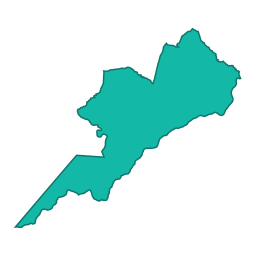 Benedito Leite, Maranhão, Brazil
{"feature_id": "56859067B5303155589786", "entity_name": "Benedito Leite", "entity_type": "district", "adm_level": 2, "iso_a3": "BRA", "parent_name": "Brazil", "parent_adm1": "Maranhão", "projection": "albers", "projection_center": [-44.578, -7.16], "detail": "fine", "context": "isolated", "style": "filled", "palette": "teal", "viewbox_px": 256, "rotation_deg": 0, "n_neighbors": 0, "source": "geoboundaries", "source_scale": "gbopen_adm2", "svg_char_len": 4600}
<svg xmlns="http://www.w3.org/2000/svg" viewBox="0 0 256 256"><path d="M216.5,59.0L216.5,57.6L216.3,56.3L215.6,55.5L216.1,54.4L214.7,53.2L213.0,52.4L212.1,50.8L210.9,50.4L210.1,49.8L209.5,48.9L209.1,47.8L208.2,47.0L207.2,46.8L206.3,46.0L205.2,44.9L204.5,43.7L204.0,42.6L203.1,42.8L202.5,41.7L201.4,41.2L200.9,40.3L200.4,38.8L199.9,37.2L199.7,36.0L199.1,34.7L198.8,33.6L198.4,32.2L198.1,31.4L197.2,31.4L196.3,31.3L195.6,30.4L194.0,29.8L192.5,28.7L190.9,30.6L190.3,31.4L188.7,31.4L187.8,31.7L183.4,35.3L182.0,36.1L181.0,38.9L179.6,42.3L178.9,43.3L177.6,43.5L176.8,45.2L177.5,46.3L178.3,47.0L176.1,47.0L173.1,45.5L169.5,45.3L167.8,44.9L166.3,43.3L165.4,44.4L163.7,46.8L163.4,47.8L163.0,50.5L162.5,52.0L160.3,55.9L158.8,61.6L158.1,63.6L154.5,79.0L152.9,83.7L151.7,82.8L150.9,81.8L150.7,80.7L149.8,80.1L148.3,79.4L147.4,78.9L146.3,78.1L145.0,78.2L144.4,77.5L143.7,77.0L143.1,77.6L142.0,77.6L142.2,76.7L140.7,76.2L141.2,75.3L140.2,74.8L139.1,75.2L137.5,74.0L137.3,72.4L136.0,71.8L134.8,71.7L133.8,70.4L132.7,69.4L131.6,68.6L130.3,67.9L129.0,67.4L128.1,67.3L126.8,67.4L126.0,68.1L124.9,68.3L124.0,68.7L123.0,68.2L121.7,68.2L118.7,69.0L115.9,69.2L113.2,69.7L112.2,69.9L110.2,69.9L108.4,71.0L106.5,71.3L103.7,71.0L104.0,72.0L103.9,72.9L103.4,82.6L103.1,83.8L102.3,86.0L101.3,87.7L100.8,88.7L100.9,89.9L100.1,91.0L99.7,92.7L98.3,93.3L97.3,93.8L96.1,94.0L96.3,95.3L94.9,95.3L94.0,95.9L94.8,97.4L93.4,97.3L92.3,98.0L90.8,98.2L90.4,99.5L88.9,100.5L88.2,101.7L87.0,101.9L86.8,103.5L86.5,105.2L85.6,105.8L84.8,106.6L83.7,106.4L82.4,107.5L81.0,107.5L79.8,108.8L77.9,109.4L77.6,110.3L77.5,111.4L78.1,113.7L78.9,114.9L81.2,117.2L82.2,117.7L83.5,118.1L84.4,118.7L85.3,119.1L87.2,119.4L89.1,120.5L89.6,121.8L90.7,122.8L91.3,124.1L92.0,124.7L93.0,125.1L94.5,125.3L95.8,124.9L97.8,125.1L97.8,126.0L98.3,127.2L100.3,128.0L101.4,128.8L101.3,130.2L100.1,130.6L99.1,130.1L97.8,130.1L96.9,131.1L97.0,134.2L97.3,135.9L98.6,136.9L100.0,137.0L101.2,136.6L101.8,135.3L102.4,134.5L104.0,134.1L106.6,135.3L107.4,136.6L106.5,138.0L106.3,138.9L105.7,140.1L105.4,143.4L105.4,145.7L104.9,146.8L104.0,148.5L103.5,149.2L102.4,150.4L101.8,151.8L102.7,153.3L102.8,154.3L103.5,155.6L104.0,157.2L76.6,155.3L70.3,162.6L41.4,196.4L15.4,227.0L16.7,226.9L18.1,227.0L19.3,227.3L21.7,227.2L23.2,225.9L25.3,224.8L28.5,224.5L31.0,223.2L32.6,224.0L34.6,223.5L35.3,222.5L35.4,220.5L36.2,218.4L36.8,217.3L37.6,216.8L38.4,215.5L39.5,214.7L40.9,211.5L42.0,209.7L43.4,209.2L46.6,209.5L47.6,210.2L50.8,209.1L52.0,208.2L52.8,206.3L53.6,205.2L55.2,204.4L56.6,202.6L56.3,200.9L57.5,199.4L58.2,197.4L61.0,197.0L63.6,196.2L65.9,194.7L66.4,193.8L66.9,191.7L67.5,190.0L69.9,190.2L70.9,190.9L73.5,191.6L75.2,192.4L77.0,193.1L78.6,194.9L79.8,194.2L81.1,193.7L82.7,193.7L84.1,193.1L85.3,192.5L86.3,191.6L89.0,190.0L90.4,190.1L90.9,191.5L91.5,192.6L92.2,195.6L93.1,197.2L93.5,198.2L94.1,198.9L95.2,199.2L97.4,200.5L99.5,201.0L101.1,200.1L101.9,199.5L102.8,200.2L104.8,200.4L106.6,200.1L107.8,197.9L108.3,194.7L108.9,194.0L109.2,192.8L109.2,191.7L109.5,190.8L109.6,189.1L110.5,187.9L111.7,187.1L113.2,183.0L114.4,180.8L115.5,179.9L116.5,179.3L117.4,179.3L118.5,179.0L119.6,178.9L120.8,177.5L121.1,175.8L123.4,175.1L124.5,174.2L126.7,173.9L128.0,173.9L129.7,172.0L130.2,170.9L130.6,169.5L133.5,165.2L134.9,163.9L135.0,161.5L135.9,160.4L139.8,158.0L141.9,155.1L142.4,152.9L143.4,151.0L143.5,149.9L144.9,148.6L146.5,148.4L148.5,148.3L149.4,148.3L152.1,148.2L155.3,147.6L156.4,147.1L157.2,146.3L157.7,145.1L158.8,141.7L159.0,140.6L159.6,139.2L160.4,138.3L163.9,135.6L165.8,135.5L166.9,135.0L167.6,134.3L168.3,133.0L171.5,130.5L172.6,129.9L173.6,129.5L175.1,128.5L176.0,128.1L178.3,128.3L180.2,127.5L183.1,126.7L184.7,125.5L186.1,125.0L187.4,124.0L188.1,122.7L189.1,121.6L191.3,120.3L192.5,119.2L193.5,118.6L196.0,117.9L197.1,117.1L198.5,116.0L199.6,115.6L200.7,115.4L203.9,116.3L205.6,116.1L208.6,114.5L210.4,114.1L212.5,113.8L213.6,112.8L214.6,112.3L216.6,112.8L217.4,113.2L219.3,114.8L220.2,115.1L221.8,115.4L223.4,114.6L224.2,113.5L225.5,110.2L227.3,108.1L229.1,105.4L229.9,104.7L230.5,103.9L232.2,102.0L232.8,100.7L233.0,99.6L232.9,98.5L231.3,94.0L231.4,93.1L231.3,91.9L231.5,91.0L232.7,88.5L233.5,87.6L235.0,86.5L235.8,85.4L236.5,83.4L236.1,80.2L237.0,78.3L238.4,78.3L239.6,78.7L240.6,78.5L239.9,77.0L239.0,74.8L238.8,73.1L239.4,71.9L238.5,71.0L236.3,70.6L236.2,69.4L235.1,69.1L234.9,68.1L234.2,67.5L233.4,67.2L233.0,65.7L231.8,65.5L230.9,65.8L229.1,65.7L228.2,65.9L227.1,64.6L225.9,64.0L225.1,63.0L223.8,62.1L223.1,61.2L221.6,62.0L220.4,61.9L219.4,61.4L218.2,61.7L217.7,60.8L218.0,59.8L216.6,59.9L216.5,59.0Z" fill="#14b8a6" stroke="#0f766e" stroke-width="1.5"/></svg>